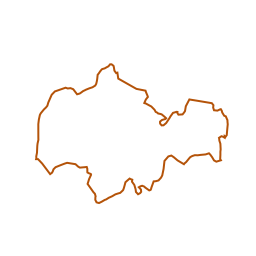 outline of Hihya, Ash Sharqiyah, Egypt, rotated 162°
{"feature_id": "37247803B80618316463204", "entity_name": "Hihya", "entity_type": "district", "adm_level": 2, "iso_a3": "EGY", "parent_name": "Egypt", "parent_adm1": "Ash Sharqiyah", "projection": "albers", "projection_center": [31.584, 30.652], "detail": "fine", "context": "isolated", "style": "outline", "palette": "amber", "viewbox_px": 256, "rotation_deg": 162, "n_neighbors": 0, "source": "geoboundaries", "source_scale": "gbopen_adm2", "svg_char_len": 2951}
<svg xmlns="http://www.w3.org/2000/svg" viewBox="0 0 256 256"><g transform="rotate(162 128 128)"><path d="M225.0,126.8L223.2,126.2L220.6,120.7L216.3,108.2L214.0,109.0L213.1,109.9L212.6,110.4L211.7,111.7L209.0,113.1L203.3,113.5L199.4,113.7L198.1,113.7L196.7,113.7L189.1,109.8L187.3,106.6L186.0,105.2L181.3,104.1L179.3,103.7L179.3,103.2L179.3,101.8L180.3,98.6L180.3,98.2L178.9,96.8L177.6,95.8L177.6,95.5L177.6,94.9L180.9,91.3L181.8,90.0L183.7,87.3L180.7,77.6L179.8,75.7L179.9,73.0L180.3,72.5L181.3,69.8L180.9,67.0L180.5,66.8L179.6,66.1L178.7,65.6L175.9,66.0L172.3,66.8L170.9,66.8L167.8,67.6L166.7,67.7L164.1,68.0L160.5,68.8L157.3,68.8L155.5,68.7L152.7,70.0L151.8,70.5L151.3,71.1L150.4,72.3L148.6,75.0L147.2,77.2L145.2,78.1L142.1,79.4L141.2,78.5L139.9,77.5L140.8,75.7L139.6,72.0L139.6,71.1L139.7,67.4L140.2,64.7L139.2,62.6L138.9,61.9L136.6,62.3L135.2,63.2L134.7,65.5L136.0,68.3L134.2,68.7L132.4,68.7L130.6,67.2L130.3,66.6L130.2,66.3L127.1,62.1L126.2,62.1L125.7,62.1L124.8,63.0L124.3,63.9L120.1,69.3L117.9,68.8L115.2,68.7L112.0,70.5L110.1,72.3L106.8,78.1L103.5,85.4L98.4,88.5L95.3,88.4L93.5,86.1L90.9,81.9L86.0,76.3L85.5,76.7L83.9,77.4L83.3,77.6L81.9,78.5L79.1,80.3L77.7,81.1L75.5,81.5L72.8,81.5L70.1,80.5L67.3,80.0L62.4,78.9L59.7,78.9L58.8,78.9L57.9,77.0L57.0,74.2L56.2,70.6L54.4,68.7L49.6,68.6L49.9,70.0L48.4,74.0L47.5,76.8L46.5,79.0L45.0,84.5L45.0,87.7L44.5,90.0L44.5,90.5L41.7,91.3L40.4,90.4L39.1,88.9L38.6,90.3L38.1,89.4L36.9,90.3L36.3,90.7L33.4,97.5L32.0,100.7L31.5,103.0L31.0,104.8L31.1,105.5L31.4,108.9L32.7,109.9L32.8,110.3L33.6,113.6L33.5,115.4L33.9,117.2L34.4,117.3L37.6,116.9L40.7,118.3L40.7,121.1L39.7,123.3L40.4,125.1L40.6,125.7L45.4,128.2L52.9,132.1L59.9,135.7L60.8,136.2L66.3,130.8L67.7,128.1L68.5,126.6L68.7,126.3L70.5,125.0L71.9,124.1L72.8,124.3L75.9,125.1L76.4,126.9L76.0,128.0L76.9,128.4L78.7,128.4L80.5,128.5L84.2,125.8L85.6,124.5L87.9,122.7L90.2,120.9L93.4,119.6L95.2,120.1L96.0,122.0L96.0,122.9L95.5,124.2L93.2,125.1L92.3,125.1L89.6,125.0L88.7,125.5L90.0,127.8L91.8,130.6L93.1,131.5L94.9,132.5L95.3,133.4L96.7,134.8L97.1,137.1L98.1,139.1L99.2,141.3L100.1,142.2L103.7,146.0L104.6,146.5L104.8,146.7L102.2,149.6L99.5,151.4L99.5,152.8L99.8,156.4L99.8,158.1L107.9,162.6L114.5,169.8L117.7,173.3L122.0,178.0L121.0,183.9L122.3,183.9L123.2,186.7L122.7,189.9L122.6,190.8L122.6,191.7L123.6,193.1L123.9,193.6L125.3,194.1L127.6,192.7L129.9,192.3L131.7,191.9L134.4,192.0L135.3,191.6L136.1,191.0L136.7,190.7L139.0,188.9L140.4,188.0L142.2,184.0L143.2,182.1L144.6,179.8L145.3,179.2L146.0,178.5L149.2,177.7L152.4,177.7L156.4,177.4L157.4,177.2L159.2,177.0L161.9,176.1L163.3,175.7L166.0,175.8L168.1,181.8L170.4,183.7L173.1,184.2L174.9,185.6L184.8,185.4L186.2,185.4L189.0,183.9L190.3,183.2L195.9,176.9L197.8,174.1L199.6,172.9L202.3,171.6L206.5,168.9L207.8,167.6L210.2,163.5L211.6,160.5L212.1,159.4L216.2,146.7L216.9,144.4L218.8,141.2L219.8,139.0L222.2,132.6L224.0,129.4L224.5,127.6L225.0,126.8Z" fill="none" stroke="#b45309" stroke-width="2"/></g></svg>